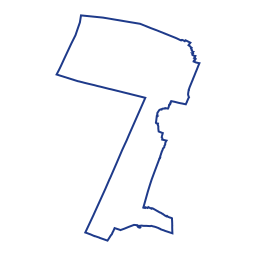 Bloemendaal, Noord-Holland, Netherlands
{"feature_id": "6326949B9558089239087", "entity_name": "Bloemendaal", "entity_type": "district", "adm_level": 2, "iso_a3": "NLD", "parent_name": "Netherlands", "parent_adm1": "Noord-Holland", "projection": "natural_earth1", "projection_center": [4.603, 52.374], "detail": "fine", "context": "isolated", "style": "outline", "palette": "blue", "viewbox_px": 256, "rotation_deg": 0, "n_neighbors": 0, "source": "geoboundaries", "source_scale": "gbopen_adm2", "svg_char_len": 5057}
<svg xmlns="http://www.w3.org/2000/svg" viewBox="0 0 256 256"><path d="M107.5,240.6L109.2,238.0L110.9,235.3L111.4,234.7L111.7,234.5L112.3,233.2L112.4,232.9L112.4,232.7L113.1,231.5L113.7,230.2L114.6,228.1L120.1,229.9L120.4,230.1L124.3,228.7L128.7,226.9L134.0,224.9L137.4,225.2L138.0,225.7L137.5,226.2L137.8,226.7L138.5,227.3L139.0,227.3L139.5,227.6L139.8,227.7L140.3,227.5L140.4,227.4L140.3,227.2L140.2,227.2L139.9,226.3L140.0,226.3L139.9,225.8L141.5,225.6L143.9,225.9L144.7,225.9L145.7,225.9L146.2,225.9L146.9,225.9L149.9,226.1L150.3,226.1L151.0,225.9L151.4,225.9L151.9,226.0L152.1,226.1L152.8,226.3L154.6,226.7L155.2,226.9L155.9,227.1L158.0,227.9L158.4,228.0L159.0,228.3L159.1,228.5L159.3,228.6L160.1,228.8L160.3,228.9L160.5,229.2L160.6,229.3L161.4,229.5L161.6,229.6L162.3,229.9L163.4,230.2L163.8,230.3L164.1,230.5L165.1,230.9L168.2,231.9L172.4,233.3L172.4,232.9L172.3,231.2L172.2,227.4L172.2,226.3L172.3,225.8L172.2,225.5L172.2,225.1L172.2,223.3L172.1,220.9L172.0,219.3L172.0,218.3L171.7,218.1L170.3,217.6L170.1,217.6L169.5,217.4L169.0,217.2L168.8,217.1L168.3,217.0L167.9,216.7L167.4,216.2L167.0,215.9L166.4,216.4L165.7,215.9L165.3,215.8L164.9,215.5L164.4,215.1L163.0,214.2L162.7,213.8L162.2,213.7L161.7,213.4L161.2,213.0L160.8,212.8L160.1,212.5L159.9,212.5L152.9,208.5L151.9,208.2L151.6,208.7L150.7,208.3L149.2,207.6L148.3,207.1L147.8,207.8L147.7,207.8L147.8,207.8L147.6,208.0L145.5,207.3L145.4,207.5L145.2,207.9L144.6,207.7L144.2,207.9L143.3,207.6L143.4,207.3L144.2,204.6L147.9,191.4L150.2,184.0L151.7,179.4L155.0,170.5L159.5,158.5L159.8,158.0L159.7,158.0L159.8,157.8L160.0,157.2L160.1,157.3L160.2,156.7L160.4,156.0L160.4,155.9L160.4,155.7L160.7,155.0L160.9,154.5L160.9,154.3L161.2,153.3L161.4,152.8L161.5,152.7L161.7,151.8L161.8,151.6L161.8,151.4L161.9,151.2L162.2,150.8L162.6,149.8L162.8,149.2L162.9,148.9L162.9,148.7L163.0,148.6L163.1,148.3L163.2,148.2L163.3,148.1L163.7,147.9L164.3,147.1L164.3,146.9L164.3,146.6L164.3,146.3L164.3,146.1L164.8,145.2L165.2,144.6L165.2,144.4L165.2,144.2L165.2,143.6L165.2,143.4L165.3,143.0L165.3,142.9L165.7,142.0L166.0,141.3L166.3,140.9L166.5,140.6L162.5,139.7L162.2,139.6L162.4,139.1L162.4,138.9L162.4,138.6L162.4,138.4L162.3,138.2L162.2,138.0L162.1,137.9L161.8,137.6L161.7,137.5L161.7,137.4L161.9,136.3L162.0,136.0L162.2,135.1L162.4,134.6L162.6,133.7L162.8,133.1L158.7,131.5L158.5,130.3L158.3,128.5L158.3,128.1L158.3,127.2L158.3,126.5L158.3,126.2L157.8,125.0L157.7,124.6L157.9,124.2L158.0,123.6L156.4,123.3L156.2,123.2L156.0,122.9L155.9,122.7L156.0,122.3L156.3,120.1L156.7,116.7L156.9,116.8L157.0,116.7L156.9,116.7L156.9,116.2L157.0,115.3L157.4,115.2L157.4,114.5L157.3,113.3L157.3,113.2L157.6,112.5L157.8,112.3L158.9,110.6L159.3,110.1L159.5,109.9L160.6,109.4L160.8,109.5L161.6,109.6L161.7,109.4L161.8,109.1L162.0,108.9L162.6,108.7L163.1,108.6L163.6,108.6L163.8,108.6L165.0,108.5L165.0,108.4L165.2,108.1L167.8,108.6L168.0,108.6L168.6,107.3L169.0,105.7L169.0,105.3L169.0,105.2L169.1,104.8L169.2,104.7L169.5,104.6L169.8,104.7L170.2,104.2L170.6,103.0L170.4,103.0L170.8,102.3L170.6,102.2L171.2,101.1L174.6,101.8L178.5,102.8L180.8,103.3L182.1,103.5L184.3,104.0L185.8,104.3L186.1,103.6L186.3,103.1L186.6,102.6L186.7,102.3L186.9,102.0L187.0,101.6L187.1,101.2L187.3,100.9L187.7,99.9L188.1,99.0L188.2,98.8L188.2,98.7L188.3,98.5L188.5,98.1L188.9,97.5L189.0,97.3L188.9,97.2L188.7,96.7L188.6,96.4L188.2,95.1L188.1,94.8L188.1,94.1L188.2,93.1L188.5,91.2L188.7,90.0L188.9,90.0L189.0,89.1L189.2,88.5L189.4,87.9L189.6,87.3L191.6,82.4L192.1,81.1L192.3,80.8L192.8,79.5L192.8,79.4L194.3,75.8L196.0,71.5L196.1,71.4L196.3,70.8L196.7,69.9L198.5,65.3L198.8,64.7L199.4,63.2L198.7,63.1L196.6,62.6L196.3,62.6L195.8,62.4L193.9,61.6L194.5,60.8L194.4,60.7L194.2,60.5L194.3,60.4L194.2,60.4L195.1,59.0L195.3,59.1L195.6,58.7L195.3,58.4L195.2,58.4L195.0,58.2L194.2,58.0L194.6,57.4L194.7,57.2L194.9,56.6L195.1,56.7L195.4,56.0L194.9,55.9L194.4,55.8L193.6,55.6L193.4,55.5L193.2,55.4L192.3,54.8L192.3,54.6L192.5,54.3L192.2,54.3L192.4,54.2L192.4,53.9L192.5,53.9L192.5,53.5L192.4,53.4L192.6,53.4L192.9,53.5L193.0,53.5L193.1,53.4L192.7,52.3L192.7,52.2L192.9,52.2L193.0,52.1L193.2,51.9L192.5,51.7L192.4,51.3L192.2,51.0L191.8,50.5L192.0,50.3L191.5,49.0L191.2,48.9L191.0,48.6L191.2,48.3L191.6,47.8L191.1,47.4L190.9,47.3L189.7,46.0L189.5,45.9L189.3,45.8L188.5,45.2L189.3,44.1L189.7,43.6L189.9,43.1L190.1,43.1L190.4,42.7L185.6,40.3L184.8,41.2L183.9,40.6L183.6,40.6L182.7,40.1L182.1,39.9L181.9,39.9L181.5,40.0L181.1,40.4L179.9,39.9L177.0,38.5L176.1,38.1L175.4,37.8L155.9,30.0L150.8,28.1L140.1,23.8L127.4,21.7L103.0,17.6L81.0,15.4L79.9,22.4L77.5,29.3L75.5,35.2L71.4,43.4L67.7,51.3L64.1,59.0L60.8,66.2L58.9,70.1L56.6,74.5L77.9,81.2L79.4,81.5L81.7,82.1L82.2,82.2L84.0,82.7L88.1,83.7L94.5,85.2L97.4,86.0L100.5,86.7L108.8,88.8L111.5,89.4L145.3,97.8L134.7,121.9L128.8,135.3L126.6,140.5L125.1,143.7L122.1,150.2L116.3,163.8L115.6,165.4L110.0,178.3L109.7,178.8L105.2,189.2L93.9,214.1L93.6,214.8L85.3,232.5L86.8,233.0L89.9,234.2L90.1,234.2L91.0,234.6L94.4,236.1L94.5,236.0L99.3,237.6L99.5,237.8L100.1,238.0L107.5,240.6Z" fill="none" stroke="#1e3a8a" stroke-width="2"/></svg>